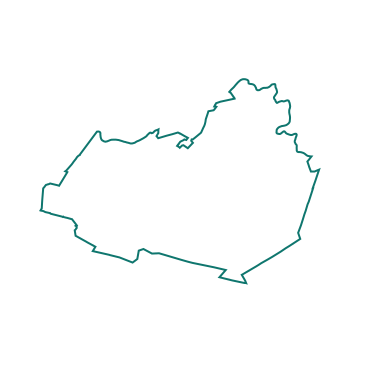 Mazsalacas pag., Mazsalacas, Latvia (Equal Earth projection), rotated 143°
{"feature_id": "27541924B83250469425555", "entity_name": "Mazsalacas pag.", "entity_type": "district", "adm_level": 2, "iso_a3": "LVA", "parent_name": "Latvia", "parent_adm1": "Mazsalacas", "projection": "equal_earth", "projection_center": [25.052, 57.893], "detail": "fine", "context": "isolated", "style": "outline", "palette": "teal", "viewbox_px": 384, "rotation_deg": 143, "n_neighbors": 0, "source": "geoboundaries", "source_scale": "gbopen_adm2", "svg_char_len": 5805}
<svg xmlns="http://www.w3.org/2000/svg" viewBox="0 0 384 384"><g transform="rotate(143 192 192)"><path d="M308.7,284.4L316.7,275.4L321.8,269.4L324.1,268.4L323.6,267.7L323.3,267.5L322.9,267.1L322.0,265.9L321.8,265.4L321.3,264.4L321.2,264.2L318.2,260.7L318.3,260.6L317.8,259.5L317.0,258.5L314.1,254.9L311.2,251.3L310.2,250.0L310.2,249.9L309.7,249.8L309.7,249.4L308.1,247.4L307.3,246.5L304.4,242.7L304.2,242.5L304.1,234.8L305.0,235.0L305.3,235.0L304.9,233.9L304.9,233.7L305.8,232.7L306.0,232.8L307.4,232.1L308.7,232.0L311.3,227.1L307.9,219.4L306.3,215.8L306.0,215.0L302.1,206.4L306.8,204.5L295.8,191.5L295.5,191.0L289.3,183.4L281.9,171.4L276.0,171.4L269.8,177.2L265.1,175.7L261.0,166.9L255.2,162.9L251.7,158.2L241.4,144.3L237.4,139.0L234.2,135.0L219.8,118.7L212.0,109.4L221.4,107.4L213.1,97.2L204.9,87.8L203.9,87.0L203.6,86.6L202.9,89.2L202.1,95.9L185.8,94.0L182.7,93.7L179.6,93.5L172.0,92.5L166.9,91.9L157.1,91.0L151.0,90.7L146.8,90.3L133.8,89.4L131.8,95.5L124.9,99.9L119.4,103.8L115.7,106.5L112.5,108.6L107.1,112.6L104.6,114.0L93.1,122.1L93.4,122.3L86.6,126.8L77.0,133.4L81.8,134.6L84.7,136.8L83.3,141.6L82.9,142.6L81.5,146.9L79.3,147.4L75.2,148.5L76.0,149.2L76.3,149.5L77.6,150.9L77.9,151.3L78.0,151.6L78.2,151.9L78.4,152.6L78.5,153.0L78.7,153.5L78.7,153.9L78.9,154.5L79.2,155.4L79.7,156.4L80.5,157.5L80.8,157.9L81.0,158.2L81.9,159.0L82.3,159.4L82.8,159.7L83.2,160.1L83.4,160.5L83.6,160.8L83.6,161.1L83.5,161.8L83.4,162.1L82.7,163.0L82.1,163.9L81.7,164.5L81.3,164.9L80.4,166.1L80.3,166.4L80.2,166.6L80.2,167.1L80.3,167.9L80.3,168.2L80.0,169.3L79.9,170.0L79.7,170.3L79.4,170.7L79.0,171.1L77.7,171.9L77.5,172.1L76.4,173.0L74.7,174.0L74.2,174.5L73.9,174.8L73.8,175.1L73.8,175.6L74.0,176.0L74.3,176.2L74.6,176.4L75.4,176.8L76.8,177.1L77.9,177.4L78.2,177.6L78.5,177.8L79.1,178.4L79.3,178.7L79.7,179.2L81.1,181.4L81.3,181.9L81.5,182.4L81.5,183.8L81.6,184.5L81.9,185.0L82.3,185.2L82.7,185.3L83.3,185.3L85.9,185.2L86.5,185.3L86.9,185.4L87.5,185.9L88.3,186.8L88.6,187.2L88.8,187.5L88.9,188.1L88.8,188.4L88.7,188.7L87.8,189.7L87.3,190.3L86.9,190.7L86.0,191.1L84.5,191.4L83.5,191.4L82.6,191.2L81.6,190.9L80.8,190.7L79.5,190.0L78.1,189.3L76.5,188.7L75.5,188.6L74.6,188.6L73.9,188.6L73.4,188.7L72.9,188.8L72.0,189.2L71.6,189.4L71.2,189.9L70.7,190.4L69.7,191.5L68.8,192.6L68.5,193.1L68.3,193.4L68.1,193.8L67.7,194.5L67.3,195.5L67.1,195.9L66.7,196.6L66.5,197.0L65.9,197.8L65.2,198.7L64.3,199.5L63.9,199.7L63.6,199.9L63.2,200.2L62.5,200.9L62.2,201.2L62.0,201.4L61.2,202.9L60.8,203.7L60.6,204.2L60.3,204.9L60.2,205.9L60.0,206.1L59.9,206.5L59.9,206.8L60.1,207.1L60.3,207.4L60.8,207.9L61.6,208.2L62.4,208.5L62.8,208.6L63.3,208.7L63.7,208.9L64.1,209.1L64.5,209.4L65.3,210.4L65.5,210.6L66.7,211.1L67.2,211.3L67.8,211.5L68.6,211.7L69.3,211.8L69.7,211.8L70.5,212.0L70.7,212.8L70.7,213.2L70.6,213.5L70.6,214.1L70.6,214.3L70.3,214.9L70.2,215.2L70.2,215.7L70.3,216.4L70.1,217.3L69.8,218.0L69.6,218.2L69.5,218.3L69.0,218.6L65.7,219.7L64.4,220.2L64.0,220.5L63.8,220.8L63.5,221.3L62.7,223.3L62.5,224.1L62.4,224.9L62.3,225.3L62.0,225.8L61.1,227.2L60.9,227.7L60.8,227.9L60.8,228.0L61.0,228.4L61.3,228.6L62.1,229.1L63.2,229.6L63.8,229.8L65.0,229.6L65.5,229.5L66.6,229.5L67.2,229.5L68.2,229.7L69.0,229.9L69.9,230.5L70.6,230.9L71.6,231.7L72.3,232.1L73.1,232.4L73.8,232.5L74.5,232.7L76.0,232.7L76.6,232.8L77.2,233.0L78.1,233.6L78.4,233.9L78.6,234.3L78.8,234.9L78.7,235.5L78.5,236.0L78.2,236.6L78.2,236.8L78.1,237.7L77.9,238.3L77.9,239.1L78.0,240.0L78.2,240.6L78.6,241.3L78.9,241.7L79.6,242.5L80.4,243.2L80.9,243.8L81.3,244.4L81.4,244.6L81.3,244.8L81.1,245.3L80.3,246.4L80.1,247.2L80.2,247.6L80.3,248.1L80.7,248.8L81.0,249.2L81.7,250.1L83.2,251.3L83.6,251.5L84.1,251.7L85.7,252.1L86.2,252.1L87.1,252.1L88.5,252.0L90.0,251.8L90.8,251.6L92.4,251.3L95.3,250.6L96.7,250.4L98.5,250.2L99.2,250.1L102.0,249.5L102.0,249.2L101.4,248.1L101.6,241.5L102.2,241.6L102.2,241.1L114.9,247.0L119.3,248.4L119.8,248.1L120.9,247.8L122.7,246.9L121.5,245.9L121.2,245.4L124.7,244.4L125.6,244.3L130.3,246.6L130.9,246.2L131.8,245.5L136.9,242.0L137.2,241.8L139.0,240.0L140.8,238.5L141.7,237.9L142.3,237.5L142.9,237.2L144.7,236.3L146.7,235.2L148.2,234.4L148.3,234.3L149.3,233.9L156.1,233.6L159.7,233.5L160.6,234.2L161.8,233.4L161.7,230.7L169.0,229.5L170.7,234.5L170.8,234.6L171.0,234.7L172.1,235.1L175.1,234.7L175.1,234.9L175.3,235.6L175.9,237.3L176.1,237.7L174.9,238.0L175.0,238.1L171.1,239.2L170.9,239.2L167.4,238.5L166.5,238.6L165.3,237.0L162.7,237.7L164.3,241.2L164.6,241.9L166.4,246.1L166.6,246.1L167.2,247.6L167.5,248.0L172.9,250.0L178.3,252.2L186.6,255.3L186.7,258.0L183.5,259.3L181.9,261.3L181.8,261.5L181.1,262.2L182.1,262.4L183.6,262.9L184.4,263.1L185.6,263.1L186.6,262.9L187.6,262.8L188.2,263.0L189.0,263.4L189.0,263.8L189.2,264.2L189.7,264.6L190.6,264.7L192.4,264.5L193.1,264.4L193.8,264.3L194.2,264.1L195.1,264.0L195.9,264.0L197.1,264.1L198.4,264.2L199.1,264.3L202.5,264.8L203.9,265.1L205.2,265.5L206.5,265.7L208.1,265.8L210.2,266.6L211.2,267.2L212.0,267.9L213.0,269.3L214.5,271.1L215.0,271.9L216.1,273.1L217.1,274.6L218.5,276.5L219.2,277.5L221.2,279.5L222.6,280.6L223.7,281.4L224.9,282.2L226.1,282.7L227.4,283.0L229.2,283.5L229.7,283.7L230.5,284.1L230.8,284.2L231.2,284.7L231.6,285.1L231.9,285.6L232.1,286.1L232.5,287.0L232.7,287.6L232.7,288.2L232.6,289.0L232.0,290.7L231.4,291.7L230.3,293.5L229.8,294.0L229.6,294.4L229.5,295.2L229.6,295.5L230.0,296.3L230.3,296.6L231.1,297.1L231.6,297.4L258.9,289.4L259.1,289.1L260.1,289.2L260.8,289.3L261.6,289.2L262.5,289.1L263.3,288.9L264.5,288.4L268.4,287.4L270.2,286.8L271.6,286.4L279.3,284.8L280.0,284.7L280.4,284.8L280.7,284.8L279.6,282.9L281.3,282.2L294.4,277.0L294.7,277.5L295.8,278.9L300.2,284.2L301.0,284.3L302.3,284.7L302.5,284.9L303.9,285.3L304.2,285.5L304.6,285.5L305.7,285.2L306.3,285.0L306.5,284.9L307.2,284.8L307.8,284.6L308.2,284.6L308.7,284.4Z" fill="none" stroke="#0f766e" stroke-width="2"/></g></svg>